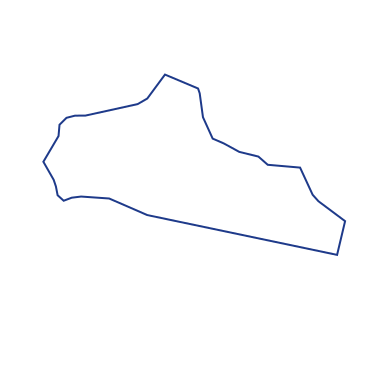 outline of Dobrepolje, rotated 330°
{"feature_id": "SVN-253", "entity_name": "Dobrepolje", "entity_type": "Municipality", "adm_level": 1, "iso_a3": "SVN", "parent_name": "Slovenia", "parent_adm1": "", "projection": "equal_earth", "projection_center": [14.721, 45.817], "detail": "fine", "context": "isolated", "style": "outline", "palette": "blue", "viewbox_px": 384, "rotation_deg": 330, "n_neighbors": 0, "source": "natural_earth", "source_scale": "10m", "svg_char_len": 521}
<svg xmlns="http://www.w3.org/2000/svg" viewBox="0 0 384 384"><g transform="rotate(330 192 192)"><path d="M227.3,76.8L249.0,105.4L248.0,110.4L238.9,132.7L236.6,156.1L243.8,165.8L253.0,180.9L267.2,194.5L271.2,206.3L297.8,224.9L295.1,254.7L296.9,263.3L310.0,293.8L286.2,319.0L141.7,189.6L117.0,156.2L93.7,140.5L85.0,136.8L76.5,135.4L74.0,127.6L76.9,119.2L78.3,112.3L78.4,91.5L104.4,76.8L110.9,67.5L120.4,65.0L128.9,67.4L137.8,72.5L188.9,88.7L200.0,88.7L227.3,76.8Z" fill="none" stroke="#1e3a8a" stroke-width="2"/></g></svg>